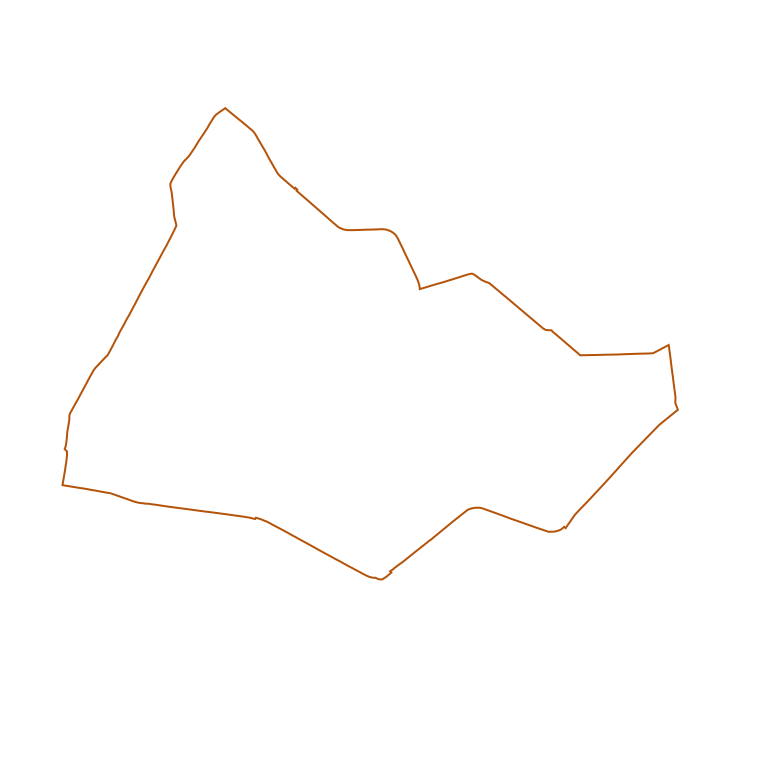 the district of Venustiano Carranza, Distrito Federal, Mexico, rotated 20°
{"feature_id": "50627088B79024573117957", "entity_name": "Venustiano Carranza", "entity_type": "district", "adm_level": 2, "iso_a3": "MEX", "parent_name": "Mexico", "parent_adm1": "Distrito Federal", "projection": "mercator", "projection_center": [-99.095, 19.432], "detail": "fine", "context": "isolated", "style": "outline", "palette": "amber", "viewbox_px": 768, "rotation_deg": 20, "n_neighbors": 0, "source": "geoboundaries", "source_scale": "gbopen_adm2", "svg_char_len": 5670}
<svg xmlns="http://www.w3.org/2000/svg" viewBox="0 0 768 768"><g transform="rotate(20 384 384)"><path d="M140.6,179.0L136.4,184.8L134.0,188.4L133.0,191.0L132.8,192.0L131.2,199.4L130.5,203.8L129.8,206.7L127.6,215.9L127.1,217.7L126.4,221.0L125.3,226.7L122.8,236.5L121.2,240.2L121.2,240.4L120.8,241.0L119.8,243.3L118.0,249.8L117.5,252.5L116.5,257.1L115.1,264.7L114.8,267.6L114.8,268.9L115.3,270.5L116.4,272.6L117.2,273.9L118.7,276.1L124.9,288.5L126.9,292.7L129.3,297.8L129.8,298.8L134.5,305.6L134.7,306.8L134.1,313.6L133.4,319.0L132.8,323.9L132.2,328.6L131.1,335.3L129.9,343.8L128.7,351.8L127.8,357.9L127.0,364.4L126.0,370.2L124.7,378.5L123.9,384.5L123.2,389.9L122.8,393.1L121.9,399.3L121.7,400.8L121.1,405.4L120.5,408.8L120.0,411.7L119.4,416.7L118.3,423.1L118.0,424.8L117.9,425.6L117.6,429.9L117.2,432.1L117.0,433.2L116.9,433.6L116.0,440.9L115.1,447.3L114.3,451.9L113.8,452.7L112.8,454.8L110.3,460.6L107.3,467.6L106.4,470.4L104.8,480.6L104.5,482.9L103.1,492.4L101.6,503.0L101.1,506.1L99.9,513.4L99.0,519.3L99.3,521.7L100.4,524.7L101.5,530.2L102.1,533.7L102.6,536.4L103.3,539.3L104.5,543.5L105.3,546.8L106.0,550.1L106.2,552.5L106.2,554.4L109.2,555.8L110.6,559.9L111.6,563.8L112.5,568.0L113.0,570.6L113.3,571.7L115.3,582.6L116.5,589.0L128.7,586.7L133.4,585.8L140.3,584.4L144.2,583.8L145.0,583.7L148.4,583.0L149.1,582.9L153.2,582.2L155.2,581.9L158.5,581.3L164.5,580.2L175.6,580.1L181.4,580.0L187.2,580.0L190.6,579.9L194.0,579.5L195.1,579.3L199.1,578.3L200.6,578.1L201.1,577.9L201.6,577.7L203.6,577.1L206.1,576.6L210.6,575.6L224.8,572.7L244.1,568.4L253.3,566.4L256.5,565.7L262.2,564.4L271.0,562.4L276.0,561.3L282.4,559.9L288.1,558.7L297.9,556.6L303.3,555.6L309.0,555.0L309.3,553.5L309.8,553.4L312.8,553.3L315.0,553.2L316.4,553.3L320.6,553.4L322.7,553.6L325.6,554.0L326.4,554.2L329.3,554.6L332.2,555.0L335.2,555.4L338.1,555.8L341.0,556.2L344.1,556.7L344.4,556.7L349.1,557.5L353.9,558.2L354.3,558.3L358.0,558.9L363.6,559.7L368.7,560.5L373.1,561.2L377.5,561.9L383.1,562.8L387.2,563.4L390.6,563.9L394.5,564.5L398.4,565.1L402.3,565.6L406.4,566.2L409.9,566.8L413.8,567.4L417.7,567.9L421.6,568.5L426.2,569.1L429.3,569.6L433.5,570.1L435.7,570.2L436.6,570.2L437.0,570.2L438.9,570.0L441.6,569.3L442.2,569.0L445.4,569.3L447.4,568.9L449.2,568.2L452.2,564.2L455.4,558.7L455.2,558.6L453.8,557.9L455.2,556.0L456.0,554.8L456.7,553.5L458.2,551.1L460.6,547.5L462.2,545.2L463.7,542.8L465.5,539.8L466.8,537.7L468.0,535.7L469.3,533.5L471.7,529.6L473.9,526.0L476.8,521.3L478.5,518.6L480.3,515.5L481.1,514.7L481.7,513.7L482.0,513.1L482.1,512.9L482.5,512.2L489.0,501.2L494.9,491.2L495.5,490.1L500.5,482.0L502.7,478.4L505.4,474.1L506.5,472.8L508.4,471.3L509.8,470.4L511.7,469.3L513.6,468.5L515.7,467.7L517.1,467.4L519.1,467.2L519.6,467.2L534.6,467.1L541.2,467.1L548.9,467.2L563.0,467.0L575.5,466.9L589.1,466.6L589.5,466.5L590.2,466.2L591.5,465.7L592.7,465.2L593.7,464.8L594.6,464.4L595.3,464.0L596.0,463.5L596.7,463.1L597.5,462.5L598.6,461.6L599.8,460.5L600.5,459.6L601.0,458.7L601.5,457.8L602.1,456.6L604.0,457.3L605.1,452.9L607.4,444.2L608.1,441.6L609.9,437.4L611.3,434.2L611.6,433.5L613.6,429.0L613.7,428.9L616.0,423.6L616.4,422.7L626.2,399.5L627.3,396.8L628.0,395.1L640.4,364.3L655.1,331.7L656.8,328.0L659.8,323.0L666.1,312.5L667.6,310.0L669.0,307.8L664.2,302.1L662.5,296.9L661.8,295.5L659.0,290.1L658.7,289.6L653.2,278.9L652.6,277.7L652.0,276.6L646.0,265.1L645.7,264.3L638.5,250.5L638.2,250.0L636.4,252.0L633.7,254.9L630.7,258.3L630.0,259.0L628.6,260.6L626.4,263.0L621.3,265.2L617.1,266.8L611.8,268.9L605.9,271.3L602.1,272.8L593.1,276.5L588.5,278.3L583.5,280.2L578.7,282.1L573.1,284.3L565.8,287.1L559.6,289.5L558.6,289.9L556.3,289.0L555.0,288.5L550.6,286.9L546.5,285.3L542.1,283.7L538.0,282.1L524.2,277.0L523.1,276.2L520.2,277.2L518.2,277.7L517.3,277.8L516.2,277.7L515.2,277.5L514.6,277.4L505.9,274.2L473.5,262.3L467.9,260.2L466.8,259.9L456.2,256.0L448.4,253.2L444.2,253.2L441.6,253.0L439.8,252.8L432.9,250.8L431.0,250.3L429.0,250.2L427.1,251.2L424.4,253.1L416.0,259.6L408.1,265.6L405.8,267.4L398.0,273.0L387.2,281.1L385.2,282.6L384.2,280.5L382.6,277.9L379.8,274.6L377.8,272.5L374.8,269.5L373.3,268.1L372.4,267.2L369.5,264.4L367.5,262.4L367.1,262.0L364.9,259.8L362.4,257.4L361.0,256.0L359.8,254.8L357.3,252.4L356.4,251.5L354.6,249.6L353.0,248.1L351.9,247.1L350.5,245.7L348.0,243.3L346.9,242.3L345.2,240.9L344.6,240.4L342.9,239.5L341.3,238.9L339.4,238.4L337.9,238.2L336.0,238.1L333.8,238.1L332.3,238.3L331.2,238.6L328.6,239.4L327.9,239.7L324.1,241.3L323.9,241.4L319.8,243.0L316.8,244.2L313.4,245.5L310.6,246.7L309.8,247.0L306.6,248.3L303.7,249.4L302.8,249.8L297.7,251.7L297.1,251.9L293.9,252.5L292.4,252.6L291.8,252.6L290.1,252.5L288.2,252.3L286.3,251.8L286.1,251.8L285.9,251.7L285.6,251.5L282.7,250.4L282.0,250.2L280.3,249.5L277.9,248.6L274.6,247.3L271.3,246.0L268.5,244.9L266.9,244.3L265.6,243.8L262.5,242.6L258.1,240.9L256.8,240.4L253.6,239.2L250.7,238.0L249.3,237.5L247.8,236.9L244.8,235.8L242.0,234.7L240.4,234.1L239.0,233.6L235.7,232.3L236.1,231.0L234.9,230.5L233.6,230.0L233.3,231.1L229.7,229.8L228.2,229.2L226.8,228.7L225.0,228.0L224.0,227.6L223.0,227.2L220.8,226.4L217.5,225.1L216.4,224.7L216.0,224.6L214.7,223.9L213.5,223.4L212.9,223.0L211.8,222.2L210.7,221.4L209.9,220.7L207.6,218.7L207.1,218.4L204.8,216.4L202.0,214.0L201.5,213.6L198.9,211.4L198.1,210.8L195.3,208.1L193.0,206.1L191.3,204.6L187.8,201.8L185.2,199.6L182.9,197.7L182.1,197.1L179.0,194.4L177.8,193.4L177.4,193.1L176.7,192.6L176.1,192.2L175.2,191.7L174.7,191.4L173.9,191.0L173.5,190.9L172.3,190.4L170.1,189.6L167.0,188.4L166.7,188.3L163.4,187.1L160.5,186.1L157.5,185.1L154.4,184.0L153.9,183.9L148.4,181.9L145.1,180.8L142.3,179.8L141.5,179.5L141.0,179.2L140.6,179.0Z" fill="none" stroke="#b45309" stroke-width="2"/></g></svg>